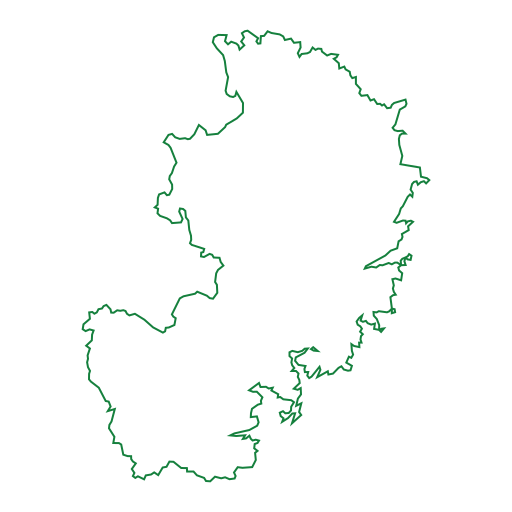 Cambará do Sul, Rio Grande do Sul, Brazil (Natural Earth projection)
{"feature_id": "56859067B78866840167821", "entity_name": "Cambará do Sul", "entity_type": "district", "adm_level": 2, "iso_a3": "BRA", "parent_name": "Brazil", "parent_adm1": "Rio Grande do Sul", "projection": "natural_earth1", "projection_center": [-50.124, -29.059], "detail": "fine", "context": "isolated", "style": "outline", "palette": "green", "viewbox_px": 512, "rotation_deg": 0, "n_neighbors": 0, "source": "geoboundaries", "source_scale": "gbopen_adm2", "svg_char_len": 6036}
<svg xmlns="http://www.w3.org/2000/svg" viewBox="0 0 512 512"><path d="M402.3,155.9L399.3,144.9L398.9,138.9L399.8,135.3L402.0,133.6L405.5,133.6L402.6,130.7L397.7,131.1L394.5,130.2L392.6,127.8L395.4,124.4L399.8,109.6L405.3,106.4L406.5,103.8L405.5,99.6L394.1,103.0L391.9,104.9L390.7,107.7L387.1,108.2L384.1,104.3L382.0,105.5L380.1,103.8L377.2,104.0L374.0,99.2L370.5,100.5L367.4,95.1L361.4,95.8L359.3,93.1L360.7,89.2L355.9,83.9L355.9,77.0L352.3,78.1L350.4,75.4L349.7,71.7L345.6,69.4L344.3,66.6L339.3,68.5L338.8,63.2L333.8,58.8L336.6,57.3L338.0,54.8L331.1,53.9L327.1,55.5L322.0,51.6L321.3,48.9L318.0,48.6L315.5,49.9L312.6,47.5L310.0,52.0L307.3,53.3L301.6,54.0L299.5,56.9L297.8,53.2L300.6,47.5L300.2,42.1L294.0,42.8L291.0,38.6L284.9,40.0L283.2,36.4L279.7,34.4L271.5,33.0L267.6,31.3L264.1,35.9L260.9,36.1L260.4,43.4L258.1,43.7L256.4,41.4L258.1,38.2L247.6,30.7L244.7,31.3L241.9,33.2L244.0,37.5L241.2,41.5L244.3,45.3L239.6,49.6L238.4,45.5L236.4,43.6L231.2,41.7L228.0,44.3L225.0,41.2L226.6,35.1L218.2,34.9L214.0,37.3L212.8,42.2L216.8,48.3L223.1,55.1L224.8,61.0L226.3,72.4L228.1,77.1L225.6,90.7L226.7,94.0L229.8,96.3L233.1,97.0L235.3,95.9L236.4,91.9L243.0,103.0L242.9,112.7L236.8,118.4L226.2,124.7L225.1,127.1L217.9,133.8L207.1,134.9L205.6,130.3L198.9,125.0L194.3,134.3L190.0,138.8L187.8,139.2L185.1,138.2L179.7,138.9L175.2,137.3L172.1,133.9L168.5,134.9L163.7,142.3L168.5,145.0L170.6,147.8L176.5,162.7L174.1,166.5L171.9,173.1L169.8,176.0L169.2,179.3L172.1,184.6L172.2,189.0L169.3,194.7L166.9,195.2L164.5,192.4L159.1,194.4L157.9,197.9L157.6,204.8L154.8,207.4L158.1,208.7L157.5,213.3L160.1,215.9L166.9,218.3L170.1,220.3L172.0,223.1L181.0,222.4L182.6,219.0L179.2,211.6L180.0,208.5L183.1,209.0L185.3,210.9L185.9,217.4L188.3,220.5L189.3,230.0L191.0,235.7L191.2,239.9L190.0,243.2L191.8,244.9L204.2,248.9L203.3,252.1L201.2,252.6L201.0,256.4L204.0,257.0L209.6,253.9L212.2,254.8L213.7,257.5L219.5,257.8L220.7,262.0L223.4,265.6L218.0,269.9L216.2,273.3L215.1,282.0L216.9,284.8L217.3,292.8L213.0,298.7L209.7,298.1L206.9,295.7L197.2,291.7L195.1,293.7L183.5,296.3L179.8,298.4L171.9,314.4L173.3,316.6L175.7,318.2L174.4,325.0L168.8,327.5L165.8,327.8L165.1,331.3L162.9,332.6L153.1,327.4L144.4,319.7L134.9,313.8L129.4,315.4L127.0,313.8L125.5,311.0L123.3,310.2L120.3,310.8L117.2,310.3L113.7,312.7L111.2,312.6L110.5,309.3L106.4,304.9L103.6,306.1L102.0,308.5L98.5,309.2L96.8,312.4L94.4,313.7L92.3,312.0L89.2,312.4L89.9,318.8L83.5,324.3L82.7,329.2L85.6,331.1L89.6,329.4L93.6,330.5L92.1,334.6L91.8,340.4L86.2,345.7L89.9,348.5L87.6,355.4L88.0,358.8L87.1,362.3L88.0,367.2L90.0,370.9L89.1,373.8L89.0,379.3L90.9,381.6L98.8,387.7L105.7,401.0L108.7,401.6L110.6,406.5L107.8,411.1L114.8,409.0L111.5,421.5L109.4,424.9L109.0,428.3L114.4,436.8L113.3,443.0L119.0,443.1L121.2,444.5L123.3,454.7L127.6,456.1L131.1,456.2L131.2,459.1L132.9,461.5L135.8,463.4L131.8,469.0L134.4,472.9L132.9,476.1L135.3,477.9L137.9,476.3L144.1,479.3L145.8,475.4L151.1,474.5L154.2,472.4L158.2,475.1L162.7,467.5L166.5,466.8L169.4,461.6L173.5,461.8L181.2,468.0L186.9,468.1L187.1,471.5L193.5,471.5L196.9,475.3L204.1,477.9L206.0,481.0L210.2,481.3L215.0,476.7L221.2,478.3L225.1,477.3L229.5,479.2L234.6,478.5L235.6,476.0L234.0,472.5L237.7,467.2L242.5,467.8L252.2,467.1L255.8,460.0L255.1,452.8L257.5,450.9L254.2,448.3L254.7,444.0L257.5,443.0L259.0,440.6L255.7,439.7L252.6,440.5L250.8,438.8L249.4,435.7L246.1,438.4L242.9,438.9L245.1,435.3L236.2,436.0L230.3,435.4L234.4,433.4L249.4,430.0L257.2,425.7L258.6,422.3L256.9,416.4L250.8,417.1L251.0,413.1L252.0,408.8L257.8,404.7L261.3,403.6L260.9,400.8L262.4,397.3L256.8,391.7L253.0,391.8L249.1,390.3L259.0,383.0L260.5,387.0L266.0,386.8L268.7,388.5L272.7,387.7L271.4,390.5L278.2,394.2L277.7,397.5L280.2,397.0L283.3,399.3L291.2,400.2L294.0,402.2L291.2,406.7L291.0,410.5L288.7,413.0L285.3,413.3L283.0,411.2L279.8,412.7L280.7,416.1L283.5,418.3L282.2,421.8L288.0,418.1L292.3,413.5L295.1,413.3L292.0,423.3L301.2,415.0L299.1,412.0L301.3,403.3L296.2,405.8L297.9,398.6L301.0,394.4L300.7,388.1L297.7,389.8L293.8,388.7L299.7,383.1L299.3,379.9L297.8,376.9L298.5,373.5L296.0,371.0L291.7,371.0L294.3,368.0L292.2,365.3L291.4,362.4L292.1,358.5L289.5,356.1L289.5,352.3L292.3,350.9L297.8,352.2L302.3,350.8L304.7,348.7L307.8,348.5L304.5,352.8L295.8,357.4L295.1,360.8L298.5,364.9L305.5,366.0L304.4,369.0L304.9,372.1L308.2,372.0L307.3,375.6L309.2,378.1L311.6,376.6L319.5,366.8L320.4,369.8L317.2,377.2L327.8,371.3L328.4,374.5L333.0,373.6L338.5,367.9L341.4,366.3L343.8,369.5L348.0,370.7L350.5,370.3L351.9,365.8L346.3,362.6L348.9,356.7L351.3,357.8L353.1,354.6L351.9,350.9L351.4,344.1L354.1,346.0L359.4,347.1L359.1,342.6L361.5,342.6L360.5,339.5L361.0,336.1L362.8,334.2L360.1,331.7L361.9,328.7L360.3,326.3L357.7,324.7L356.6,321.5L359.2,317.9L362.2,315.4L360.6,320.6L362.9,321.8L365.9,320.9L367.7,323.2L371.2,324.6L374.9,323.6L374.1,328.9L379.1,329.9L379.2,325.2L376.8,319.0L373.8,315.7L373.5,312.0L376.6,312.4L378.8,311.2L387.0,312.3L389.1,311.4L391.9,308.6L390.4,297.2L393.0,295.2L395.7,294.7L393.8,291.8L392.9,288.5L393.8,285.4L392.4,279.2L395.5,278.5L401.1,280.3L402.2,273.2L399.1,270.5L398.3,267.5L401.1,265.2L397.3,262.6L394.9,262.6L391.8,264.3L388.7,263.0L382.5,265.3L379.8,265.0L376.2,267.5L371.4,266.7L364.8,268.6L365.9,266.2L385.4,255.5L390.6,250.7L397.2,248.3L398.6,241.3L401.5,239.5L402.5,236.9L401.9,234.0L408.7,230.1L408.1,226.3L413.0,221.8L410.9,220.7L407.8,221.4L406.1,223.3L405.6,220.7L403.0,220.5L396.6,222.8L394.0,221.8L399.1,214.0L400.8,208.4L402.8,206.3L407.7,196.8L410.0,194.5L412.3,196.7L412.8,192.9L410.6,189.6L412.1,184.0L414.0,181.9L416.6,181.3L417.9,184.7L420.8,182.2L423.9,181.2L426.1,183.4L429.3,180.1L427.0,178.2L421.0,176.7L419.9,167.5L400.4,164.2L402.3,155.9ZM313.2,347.2L317.7,351.0L313.6,350.6L311.0,349.1L313.2,347.2ZM405.4,257.5L402.3,258.8L400.7,260.7L401.1,265.2L405.6,265.0L404.4,261.3L405.4,257.5ZM405.4,257.5L407.6,259.4L410.6,259.9L411.5,255.7L409.1,254.1L407.8,256.2L405.4,257.5ZM391.9,308.6L391.8,313.2L395.1,312.2L394.6,309.2L391.9,308.6ZM379.1,329.9L381.1,331.9L384.0,328.4L381.6,328.7L379.1,329.9Z" fill="none" stroke="#15803d" stroke-width="2"/></svg>